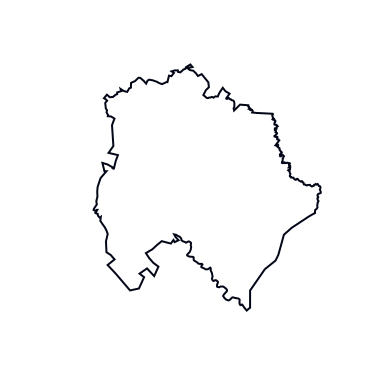 outline of Mopani, Limpopo, South Africa, rotated 55°
{"feature_id": "47623444B84816538378710", "entity_name": "Mopani", "entity_type": "district", "adm_level": 2, "iso_a3": "ZAF", "parent_name": "South Africa", "parent_adm1": "Limpopo", "projection": "robinson", "projection_center": [30.66, -23.827], "detail": "fine", "context": "isolated", "style": "outline", "palette": "ink", "viewbox_px": 384, "rotation_deg": 55, "n_neighbors": 0, "source": "geoboundaries", "source_scale": "gbopen_adm2", "svg_char_len": 5895}
<svg xmlns="http://www.w3.org/2000/svg" viewBox="0 0 384 384"><g transform="rotate(55 192 192)"><path d="M128.3,259.1L133.8,266.5L137.3,269.4L141.5,272.1L144.7,275.7L147.6,277.1L149.5,282.1L150.4,282.9L151.8,282.0L151.9,281.6L152.0,280.2L152.3,279.8L153.2,281.7L153.4,282.9L153.6,283.2L154.3,282.9L155.9,281.8L156.5,282.2L157.6,282.6L159.7,282.4L160.1,282.2L160.3,281.8L160.2,281.1L163.2,283.7L171.0,283.7L174.2,284.1L178.0,285.1L183.1,290.8L192.3,296.6L197.0,294.7L202.8,294.1L203.4,303.0L215.3,301.3L237.1,299.2L240.6,290.8L234.3,280.1L228.8,281.8L228.8,272.7L239.2,271.2L233.9,262.3L227.9,264.3L221.5,265.0L215.6,264.8L216.2,257.4L215.4,251.5L214.9,245.0L222.1,238.9L220.7,234.7L223.1,235.0L223.8,230.7L219.5,231.3L216.6,230.9L217.0,230.6L217.7,229.7L220.5,228.5L221.4,227.8L223.8,227.5L224.3,227.6L225.0,228.1L225.5,228.3L227.2,227.7L229.2,226.3L230.1,226.0L230.2,225.7L230.3,223.9L230.8,222.8L232.4,222.1L233.1,222.0L233.5,222.2L234.7,223.5L236.4,224.1L238.3,225.9L239.6,227.9L239.9,228.5L240.5,231.8L241.1,232.3L242.0,232.1L243.4,231.2L245.7,228.4L246.1,228.2L246.8,228.3L248.2,229.4L249.2,229.6L252.8,228.1L254.2,227.9L254.8,227.5L256.6,225.1L257.1,225.0L257.5,225.1L258.0,226.6L258.3,227.1L258.7,227.4L259.1,227.4L261.8,225.7L262.8,225.4L263.2,225.1L263.8,224.3L264.4,223.1L264.4,220.5L265.3,220.4L267.2,221.8L269.6,222.1L272.6,223.4L273.2,223.8L274.5,225.4L275.6,225.8L276.7,225.6L277.3,225.4L277.5,223.7L278.1,222.9L279.6,222.4L280.5,222.3L281.2,222.9L282.1,224.4L282.9,225.2L283.9,225.7L284.3,225.7L285.6,224.4L285.8,222.8L287.2,220.8L288.7,220.1L291.2,219.5L292.1,219.5L292.9,219.9L293.3,220.5L294.0,223.7L294.7,225.8L295.2,226.2L297.5,226.2L299.6,225.8L301.2,224.7L301.8,224.2L302.0,223.2L301.9,222.1L301.5,220.1L301.5,219.6L301.7,219.1L301.9,218.7L303.1,217.9L303.8,217.1L306.1,215.0L306.9,214.7L307.7,214.8L308.3,215.4L308.8,215.7L309.2,216.2L310.1,216.6L310.5,217.0L311.5,217.3L312.5,217.2L312.7,216.9L312.6,216.1L313.1,215.4L316.6,215.5L320.5,215.2L320.2,212.7L320.1,210.8L306.0,200.9L297.0,176.5L296.1,162.9L293.0,157.3L279.7,141.2L278.5,130.7L279.1,109.9L279.6,104.4L279.8,104.0L279.8,103.3L279.2,103.0L277.4,101.4L277.3,99.7L276.8,98.3L276.4,97.9L274.6,97.0L273.2,95.4L272.6,95.1L272.2,93.8L271.7,93.5L270.9,93.6L269.3,93.1L269.1,92.9L269.0,91.9L268.4,91.4L267.0,91.4L266.5,90.8L266.0,89.8L266.6,87.4L266.5,86.9L265.3,86.3L263.3,85.9L262.7,84.8L261.7,84.0L260.9,83.8L259.9,84.6L257.8,84.4L257.5,84.5L257.4,84.8L257.4,85.7L257.3,85.9L256.4,86.1L256.4,86.9L256.2,87.7L256.3,88.0L256.6,88.1L256.8,88.5L256.4,89.8L256.3,90.6L255.1,91.2L253.8,91.3L253.3,92.2L252.7,93.0L252.5,94.2L251.3,95.0L250.8,95.0L250.0,96.0L248.8,95.7L248.2,95.3L247.1,95.9L246.5,95.6L246.1,95.8L246.0,96.8L244.2,97.7L243.5,97.9L241.8,97.9L241.3,98.9L241.6,99.7L241.3,100.3L239.8,100.8L238.5,100.7L237.1,102.4L236.6,102.1L236.0,102.7L235.2,102.8L234.7,102.5L233.8,101.1L232.5,100.9L231.2,100.3L229.4,100.8L229.3,100.2L229.9,99.0L229.8,98.8L229.3,98.3L228.5,98.0L227.8,98.2L227.4,98.7L227.1,98.0L227.6,97.3L227.2,97.2L227.0,96.6L226.9,96.6L226.1,97.2L225.4,97.1L225.0,96.8L225.2,96.1L224.7,95.4L224.0,95.8L223.2,96.8L222.6,97.2L222.3,98.2L221.8,98.6L221.7,99.2L220.8,99.2L220.6,99.5L220.5,100.0L220.7,100.4L220.2,101.4L219.8,101.6L219.5,101.2L219.0,101.1L218.2,99.6L216.6,98.5L216.5,97.9L215.9,97.3L215.6,96.4L215.4,96.1L214.4,96.5L214.0,96.4L213.9,96.7L213.3,97.0L213.8,98.7L213.2,99.3L211.8,98.6L211.3,97.4L211.6,97.0L211.7,96.5L211.3,95.8L210.5,95.7L209.4,96.1L208.4,95.9L207.6,96.1L206.7,95.4L206.2,95.2L204.7,95.9L204.4,96.0L204.2,95.7L203.7,95.9L203.8,95.4L203.4,94.8L203.1,94.5L202.3,94.5L202.0,94.8L202.0,96.2L201.6,96.7L199.7,90.9L198.9,91.2L198.6,91.1L197.7,92.0L196.7,91.4L196.5,90.8L195.8,90.5L195.5,90.7L195.6,91.3L195.1,91.8L194.7,92.1L194.0,92.1L193.7,92.5L193.3,92.2L193.4,91.4L193.1,89.8L192.8,89.3L192.9,88.9L192.6,88.6L191.6,89.0L191.3,89.0L191.0,89.2L190.5,88.4L189.8,88.1L189.4,88.6L188.8,88.7L187.4,87.6L187.4,87.3L187.9,86.7L188.3,86.8L188.6,86.4L187.3,85.3L187.3,84.1L185.8,84.4L185.4,84.3L184.9,85.2L184.4,85.3L184.2,85.7L184.0,85.8L182.8,84.9L182.5,83.8L182.2,83.5L181.9,83.5L181.7,83.1L181.2,83.4L180.7,83.0L180.3,83.0L180.3,83.4L179.4,83.7L179.3,84.1L178.7,84.4L178.4,83.7L178.5,83.0L177.6,83.2L176.9,82.8L175.5,82.5L175.2,82.2L174.9,81.3L174.2,81.0L164.5,93.5L161.4,97.1L160.9,96.1L160.6,95.8L160.0,95.9L159.4,95.7L159.3,96.0L158.6,96.1L158.5,97.1L158.2,97.3L157.7,97.2L157.2,97.5L156.8,97.3L156.7,97.4L156.6,96.5L155.2,96.9L154.6,96.4L154.2,96.7L153.5,96.8L153.4,96.7L153.6,96.6L153.2,96.2L148.0,102.5L149.4,110.8L147.3,109.9L146.4,108.3L145.2,107.6L143.6,106.3L141.9,105.7L140.8,105.7L139.3,107.0L138.8,106.9L138.2,107.1L137.5,107.8L136.1,108.0L135.8,110.1L135.4,110.3L134.9,110.2L133.0,104.8L128.6,106.8L124.3,107.0L126.1,111.8L127.5,114.5L128.6,116.0L128.0,117.0L127.1,117.9L127.0,118.9L127.1,120.2L125.8,120.9L125.6,121.1L125.2,122.6L124.4,123.9L124.3,125.0L123.5,125.9L119.1,127.1L116.5,122.1L115.9,118.1L111.5,115.7L101.0,116.5L100.4,120.6L96.9,120.7L93.4,121.4L90.9,123.8L87.8,124.7L89.9,119.9L86.6,120.2L86.3,125.5L87.3,126.6L86.8,128.6L87.3,133.0L85.7,134.5L84.3,133.8L82.6,136.2L81.5,139.5L84.1,138.5L85.3,142.4L83.5,144.1L87.9,149.1L87.3,149.9L86.5,154.6L83.7,156.6L81.8,157.4L78.0,160.1L75.4,162.7L75.3,164.5L76.9,167.4L73.3,167.8L68.9,168.9L67.7,170.3L68.5,175.2L67.9,177.7L67.7,179.4L71.5,182.2L71.1,184.0L72.8,187.7L70.1,190.0L66.6,191.4L68.8,192.1L67.5,196.1L69.0,197.2L68.4,198.9L68.8,200.5L68.6,201.0L68.9,202.3L68.0,203.4L67.9,203.9L67.4,204.8L66.2,205.3L65.5,205.3L63.5,205.9L64.7,210.3L66.5,209.5L68.6,209.2L69.0,211.3L69.4,212.1L74.2,214.7L76.2,214.7L77.9,216.4L80.8,216.6L81.6,217.5L83.7,215.0L87.4,213.4L91.4,219.2L109.2,230.0L112.1,237.9L119.3,231.5L122.7,236.5L127.7,242.2L127.5,242.3L127.8,242.9L126.9,243.4L126.5,242.8L121.1,245.3L116.8,248.7L124.7,251.8L125.9,250.1L127.6,256.8L128.3,259.1Z" fill="none" stroke="#020617" stroke-width="2"/></g></svg>